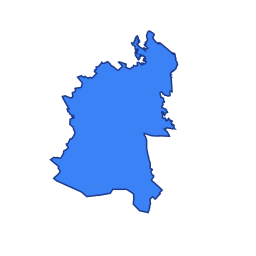 the district of Feimaņu pag., Rezeknes, Latvia, rotated 222°
{"feature_id": "27541924B82877950601433", "entity_name": "Feimaņu pag.", "entity_type": "district", "adm_level": 2, "iso_a3": "LVA", "parent_name": "Latvia", "parent_adm1": "Rezeknes", "projection": "robinson", "projection_center": [27.066, 56.267], "detail": "fine", "context": "isolated", "style": "filled", "palette": "blue", "viewbox_px": 256, "rotation_deg": 222, "n_neighbors": 0, "source": "geoboundaries", "source_scale": "gbopen_adm2", "svg_char_len": 6004}
<svg xmlns="http://www.w3.org/2000/svg" viewBox="0 0 256 256"><g transform="rotate(222 128 128)"><path d="M97.5,67.6L98.3,72.2L88.0,81.5L81.5,82.6L79.3,82.5L77.9,80.7L77.2,80.5L73.2,75.0L64.1,74.3L56.5,78.6L56.8,79.1L57.2,80.4L59.0,83.9L59.9,84.4L59.9,85.0L60.7,86.9L62.5,88.3L62.7,88.7L63.9,89.4L63.9,93.4L60.2,93.3L60.1,100.6L61.2,100.6L61.1,104.7L66.3,104.9L75.6,104.8L76.1,106.7L76.2,108.6L76.7,109.3L76.9,109.3L77.3,109.8L77.5,109.5L78.1,109.3L78.8,109.4L80.5,110.0L81.6,110.7L82.0,111.6L81.9,113.3L82.6,113.5L83.3,113.3L83.8,112.7L85.0,113.3L86.1,114.8L88.3,117.0L91.2,118.4L92.2,119.2L92.6,119.8L93.6,120.2L100.4,125.2L106.0,131.4L109.0,133.1L111.4,133.7L112.3,134.9L105.6,137.9L101.8,140.8L99.4,143.0L99.5,143.2L91.7,149.6L92.3,150.0L96.3,151.4L100.4,151.4L99.2,152.9L99.6,153.7L99.3,154.2L98.3,154.7L97.9,155.1L97.0,155.5L95.9,156.5L94.5,156.9L94.1,158.0L92.7,158.7L93.4,158.8L94.6,159.6L95.5,160.8L96.4,160.7L95.8,160.4L97.0,159.6L99.0,160.3L100.2,161.5L100.2,161.9L99.6,162.1L99.5,162.6L99.8,162.7L102.5,161.8L103.8,162.3L104.3,162.3L104.2,161.2L103.6,160.1L104.1,159.1L104.8,158.9L105.3,159.2L105.3,159.7L106.2,159.8L106.9,160.2L107.4,160.0L107.5,159.6L108.0,158.9L109.3,158.7L109.3,159.0L109.8,159.3L110.8,160.9L112.2,161.8L113.3,162.0L113.7,162.8L113.2,163.2L112.9,163.3L112.0,163.1L111.1,162.4L109.7,162.3L109.3,161.9L109.2,162.2L110.2,164.0L109.8,164.6L109.6,165.4L109.1,166.0L110.0,166.5L110.8,166.5L111.8,167.2L113.5,167.0L114.1,166.6L116.8,165.9L117.2,166.4L117.2,166.8L117.5,167.2L117.4,168.1L117.5,168.8L118.7,169.5L119.1,170.4L119.2,171.0L118.2,171.5L118.3,171.7L119.0,172.2L119.4,172.1L119.9,172.3L120.6,172.8L121.4,173.8L123.4,173.4L123.7,173.0L124.2,172.8L125.3,173.9L126.3,174.3L127.4,175.1L127.7,175.6L127.8,176.2L127.1,177.3L125.3,177.0L125.0,176.7L124.7,176.9L124.7,177.2L122.7,177.0L121.0,178.0L120.0,178.3L118.6,179.7L118.5,180.0L118.8,180.8L120.5,182.1L121.4,183.6L121.4,183.9L120.2,184.5L120.1,184.2L119.5,184.2L120.1,185.0L129.6,194.3L129.8,194.5L129.7,194.8L130.3,194.6L130.9,194.9L131.1,195.4L131.9,195.6L132.2,196.1L131.7,196.6L132.8,196.7L133.2,199.3L132.8,199.7L133.2,200.0L133.2,200.3L132.5,200.7L132.6,200.9L132.3,202.2L132.2,204.5L132.7,204.9L132.9,205.9L133.3,206.6L133.4,207.0L133.3,207.6L133.5,208.1L135.5,209.6L137.0,210.1L137.5,210.1L138.1,210.5L139.0,211.8L140.0,212.2L142.5,214.2L143.3,214.5L143.5,214.4L142.8,213.9L142.8,213.5L143.6,213.2L145.2,213.6L145.3,213.4L145.1,212.9L145.5,212.8L145.9,212.9L146.0,213.2L160.7,212.7L162.0,212.0L161.1,211.6L161.4,211.0L162.1,210.8L163.9,210.6L167.2,210.8L167.9,211.1L169.8,211.3L171.0,214.9L171.7,215.1L172.9,215.1L175.8,214.7L177.2,214.2L177.5,213.2L177.5,212.5L176.0,209.0L174.5,207.8L172.5,206.7L172.4,206.4L172.4,206.1L172.2,205.8L172.2,205.0L171.8,204.4L172.0,203.6L172.4,203.5L172.5,203.3L172.0,202.8L170.8,202.5L170.4,202.2L170.8,201.2L171.5,201.4L171.7,201.2L171.7,200.9L170.8,200.5L168.8,200.7L166.8,200.5L166.9,199.1L168.2,198.5L169.4,198.4L169.9,198.0L169.7,197.5L167.2,196.9L167.5,196.8L169.8,197.1L171.0,196.5L174.2,195.9L174.9,196.2L176.1,195.9L176.6,196.2L177.3,196.3L177.4,196.6L176.9,197.1L177.1,198.0L177.3,198.3L178.3,198.7L178.2,199.0L177.0,199.7L177.2,200.0L177.8,200.3L178.3,200.8L178.7,200.8L179.4,200.3L180.3,200.5L180.3,201.2L180.7,201.9L182.0,202.4L182.2,202.9L182.2,202.7L182.5,202.8L182.9,202.3L183.0,201.5L182.9,200.9L182.2,200.2L182.6,199.8L182.6,199.5L182.2,199.2L181.9,198.4L181.2,198.0L181.5,197.1L181.4,196.5L180.3,195.2L181.1,194.5L181.3,194.1L182.2,193.9L182.0,193.4L180.3,192.9L179.1,193.0L177.4,193.5L175.7,191.7L175.1,191.6L174.9,191.1L174.4,190.9L173.5,191.4L174.0,192.2L174.0,193.1L172.9,193.0L172.6,192.1L172.6,191.1L172.1,190.5L172.1,190.0L171.1,189.5L170.8,189.7L170.6,189.5L171.7,189.3L172.1,189.7L172.6,189.5L173.2,189.8L173.5,189.2L173.3,188.8L172.3,188.4L171.7,187.5L171.3,187.3L170.6,186.7L169.8,186.9L168.6,186.3L167.4,186.3L166.3,185.7L165.7,185.7L165.6,186.2L165.8,186.7L166.7,187.4L166.4,187.9L166.1,188.1L167.0,188.9L166.5,190.0L167.1,190.3L167.5,190.0L168.1,190.4L167.8,190.9L167.2,191.2L165.5,191.2L165.3,191.9L164.4,191.8L163.1,192.4L162.5,191.5L161.4,191.2L161.2,191.0L161.5,190.4L162.3,190.5L162.7,190.3L161.8,188.3L160.9,188.4L160.7,188.6L160.7,189.1L159.1,189.6L159.0,189.1L159.5,189.2L159.5,188.7L158.7,188.4L158.4,187.1L159.0,186.2L159.9,186.3L159.8,185.6L160.5,185.8L161.2,185.5L161.2,185.0L160.4,185.1L159.7,184.8L159.9,184.1L163.3,184.1L164.1,183.7L164.9,182.9L162.8,180.6L163.9,179.2L165.7,178.2L164.9,176.7L165.7,175.5L165.9,174.3L165.7,173.9L165.9,173.2L170.3,171.6L172.1,174.2L178.8,171.2L179.0,170.6L173.3,170.4L173.9,164.3L174.8,163.9L180.5,163.7L180.6,163.4L181.9,163.1L184.8,163.7L187.4,163.7L188.3,162.1L188.4,161.3L189.2,160.0L190.3,159.0L191.4,159.3L191.1,157.7L191.1,153.8L192.5,152.0L190.7,150.4L191.5,148.9L191.1,148.3L190.5,148.0L190.6,147.5L187.8,147.7L188.1,142.0L188.4,140.7L189.6,140.7L190.8,139.0L190.8,138.3L194.7,137.5L194.8,136.0L196.8,135.5L197.6,135.8L199.5,132.0L192.4,131.0L191.7,130.5L191.0,128.8L189.9,127.0L190.5,126.0L193.8,122.2L193.8,121.8L193.5,121.6L192.7,121.4L192.3,121.1L191.7,119.8L191.7,119.3L192.6,118.0L192.9,116.9L192.3,116.2L190.7,115.3L190.6,115.0L190.2,114.8L190.1,114.5L190.3,114.2L190.0,113.9L189.8,113.1L190.0,112.7L191.9,111.4L196.4,109.8L196.5,109.2L197.0,108.3L197.9,107.9L197.9,107.5L196.7,106.8L184.7,102.7L185.6,101.9L185.3,101.4L185.7,101.2L183.5,100.0L182.7,100.4L180.2,99.4L177.8,100.0L177.5,100.3L177.6,99.1L176.3,98.7L175.9,99.2L176.1,100.0L175.0,99.7L175.3,98.8L176.9,95.9L173.8,91.9L173.4,91.8L169.4,91.9L167.8,90.8L164.2,89.1L163.2,86.3L162.6,83.1L162.8,82.8L162.7,82.5L162.7,82.1L163.7,81.3L162.2,76.2L163.1,74.9L162.2,74.1L160.0,74.0L159.2,73.2L159.6,69.4L160.3,68.8L160.2,67.6L158.6,65.4L158.6,64.3L157.8,61.2L158.3,59.9L160.4,59.1L162.2,57.1L163.1,56.9L163.5,56.3L164.3,52.6L153.7,53.0L152.8,51.3L151.5,51.2L149.3,50.3L149.0,48.8L148.9,46.8L149.6,40.9L145.7,41.0L120.0,49.3L112.7,49.5L105.0,58.3L104.7,58.4L97.5,67.6Z" fill="#3b82f6" stroke="#1e3a8a" stroke-width="1.5"/></g></svg>